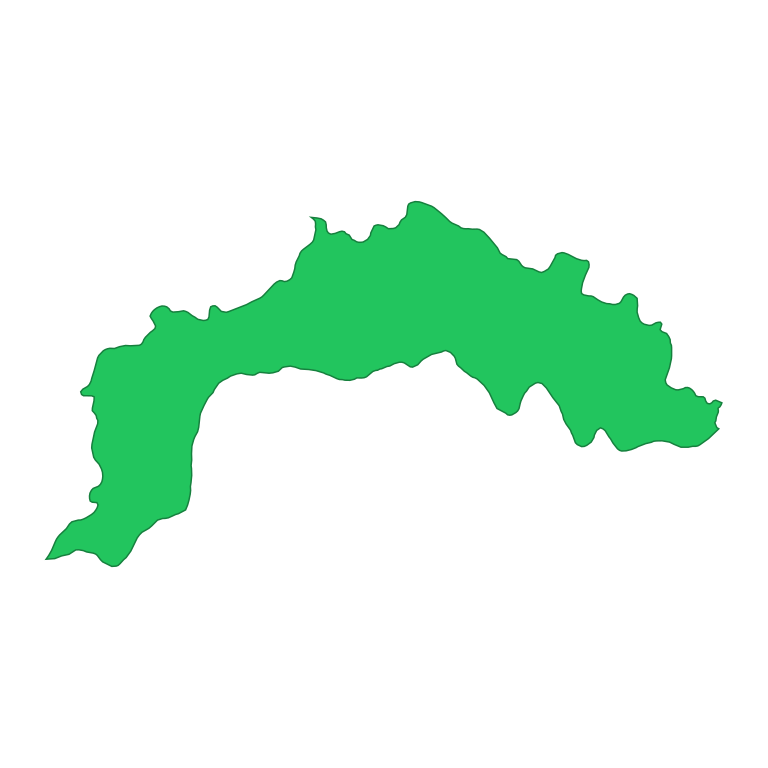 VII-1 Cuyuni, Cuyuni-Mazaruni, Guyana (Natural Earth projection)
{"feature_id": "73187651B99697298922199", "entity_name": "VII-1 Cuyuni", "entity_type": "district", "adm_level": 2, "iso_a3": "GUY", "parent_name": "Guyana", "parent_adm1": "Cuyuni-Mazaruni", "projection": "natural_earth1", "projection_center": [-59.979, 6.583], "detail": "fine", "context": "isolated", "style": "filled", "palette": "green", "viewbox_px": 768, "rotation_deg": 0, "n_neighbors": 0, "source": "geoboundaries", "source_scale": "gbopen_adm2", "svg_char_len": 6067}
<svg xmlns="http://www.w3.org/2000/svg" viewBox="0 0 768 768"><path d="M668.8,336.7L666.6,333.5L662.0,331.7L660.1,329.7L661.8,324.1L660.4,322.2L658.3,322.3L656.0,322.8L651.6,325.2L649.0,325.4L644.1,324.2L641.8,322.8L640.1,321.0L638.7,317.8L637.1,312.2L637.2,308.8L637.6,305.8L637.1,298.3L633.8,295.4L631.8,294.4L629.6,293.7L627.6,294.0L625.2,295.2L623.5,297.1L621.0,301.7L619.4,303.3L615.4,304.5L612.6,304.5L609.8,303.8L606.6,303.6L601.7,302.0L597.8,299.8L593.3,296.7L591.2,296.0L588.5,295.9L583.7,294.9L581.6,293.5L581.2,291.0L581.5,288.5L582.6,282.7L585.4,275.1L588.9,267.4L589.1,264.6L588.5,261.8L586.6,260.4L584.1,260.6L581.5,260.3L576.5,258.7L568.2,254.4L564.1,252.9L562.0,252.6L557.5,253.8L555.6,255.3L555.0,257.6L550.1,266.5L548.3,269.0L544.4,271.4L541.6,272.5L539.0,271.9L532.7,268.9L525.1,267.8L523.2,266.8L521.6,265.4L518.8,261.2L516.7,259.6L507.7,258.6L506.1,256.7L502.0,254.5L500.1,253.1L497.4,247.8L489.5,238.2L483.9,232.2L479.5,229.5L477.1,229.1L472.4,229.2L468.1,228.7L466.1,228.8L463.5,228.6L461.1,227.9L458.6,226.0L452.0,223.1L449.7,221.5L445.8,217.6L441.6,213.8L434.1,207.7L431.6,206.2L421.8,202.6L419.3,201.9L415.1,201.6L410.6,202.9L408.7,204.1L407.8,206.2L406.8,214.6L405.3,217.3L401.5,219.9L400.0,222.2L399.1,224.6L395.7,227.8L393.2,228.5L388.3,228.7L385.8,227.0L383.2,225.7L378.0,224.8L376.0,225.2L374.1,226.0L370.8,232.9L370.4,235.5L367.6,239.4L363.2,242.0L361.1,242.3L358.6,242.3L356.6,241.8L354.2,240.3L352.0,239.5L349.2,235.1L346.0,233.7L344.5,231.8L342.0,231.2L339.6,231.7L335.2,233.4L330.9,234.2L328.4,233.0L327.0,231.0L326.3,227.8L326.2,224.8L325.5,221.9L323.5,220.2L321.1,218.8L317.1,218.0L311.3,217.4L313.6,219.2L315.3,221.3L315.6,224.1L315.4,226.9L315.9,229.7L313.7,239.9L312.4,242.1L309.9,244.4L303.4,249.3L301.5,251.0L300.0,253.3L299.2,255.9L296.2,261.9L295.2,265.1L294.8,268.6L293.8,272.2L291.8,277.8L289.9,279.6L287.0,281.2L284.3,281.6L282.1,280.8L279.8,280.6L276.6,282.1L274.1,284.1L263.8,295.1L261.9,296.9L259.8,298.2L251.8,301.8L246.6,304.6L228.4,311.7L226.2,312.3L221.3,311.4L217.2,307.2L215.1,305.8L212.8,305.9L210.7,306.8L209.6,310.2L209.0,316.9L207.8,319.5L205.5,320.3L203.2,320.5L197.8,319.3L195.1,317.3L192.2,315.7L187.9,312.4L185.7,311.4L183.6,310.8L178.5,311.7L172.9,312.1L170.4,310.9L169.1,308.8L166.8,306.9L164.6,306.2L162.0,306.0L159.5,306.7L156.9,307.9L154.4,309.7L152.7,311.4L151.3,313.4L150.1,316.1L151.3,318.4L153.1,321.0L155.6,326.0L155.0,328.5L152.5,330.8L150.4,332.3L145.4,337.3L143.9,339.5L143.0,341.9L141.5,344.1L139.4,345.3L130.3,345.8L125.5,345.5L119.5,346.7L114.5,348.5L109.9,348.3L107.4,348.8L105.3,349.6L103.3,350.8L98.9,355.4L97.6,357.9L94.2,370.6L91.7,378.5L91.1,381.1L89.4,384.5L87.5,386.5L82.8,389.2L80.7,391.8L81.6,394.5L83.5,395.7L91.7,395.8L94.2,396.9L94.0,400.8L92.4,408.1L92.3,410.7L94.3,412.9L96.2,415.5L96.7,418.2L97.9,420.5L97.7,423.8L94.6,431.9L92.0,444.2L91.7,447.9L93.7,457.2L95.4,460.1L99.1,464.2L101.5,469.0L102.5,472.4L102.8,476.3L102.5,479.0L101.9,481.7L100.4,484.4L98.4,486.3L93.2,488.4L91.5,490.2L90.0,493.1L89.5,495.9L89.6,498.5L90.2,501.0L92.2,502.2L96.9,502.6L98.0,504.9L97.3,507.4L96.0,509.8L94.0,512.5L91.4,514.6L86.3,517.7L83.4,519.1L80.7,520.0L78.2,520.1L71.9,521.8L69.5,524.0L66.4,528.6L59.6,535.0L57.9,537.1L56.5,539.2L55.3,541.7L51.6,550.4L48.7,555.5L46.1,559.2L54.8,558.6L61.6,555.9L69.0,554.3L75.8,549.9L78.9,549.8L83.4,550.6L86.5,551.9L93.1,553.1L95.6,554.0L97.3,555.4L100.5,559.7L102.7,561.9L111.8,566.4L116.2,566.1L118.1,565.4L120.0,563.7L123.7,559.6L126.1,557.6L130.8,551.1L137.2,537.9L139.4,534.9L141.9,532.3L148.9,528.3L151.7,525.9L157.5,520.1L162.5,518.5L165.2,518.4L168.4,517.8L175.6,514.5L178.4,513.7L185.6,509.9L187.6,505.0L189.0,500.0L190.2,494.1L190.6,490.5L190.4,486.4L191.0,482.6L191.7,475.4L191.5,468.5L191.1,465.6L191.7,460.1L191.5,453.7L191.9,446.0L193.7,439.5L194.9,436.6L197.6,431.7L198.7,427.3L199.9,416.0L200.5,413.2L204.1,405.3L207.3,399.2L208.5,397.3L213.0,392.6L214.3,389.6L218.7,383.2L222.8,380.3L227.5,378.1L230.5,376.1L236.8,373.9L239.2,373.5L241.3,373.2L246.6,374.5L252.7,375.1L254.8,374.8L257.3,373.3L259.7,372.3L269.1,373.2L272.9,372.8L278.4,371.2L282.3,367.5L284.6,366.9L290.3,366.1L295.2,367.1L300.6,369.0L308.8,369.5L316.0,370.6L323.6,372.9L326.0,374.1L330.0,375.4L337.0,378.7L339.5,379.5L342.4,379.6L345.0,380.2L349.9,380.3L354.5,379.2L356.8,377.9L361.5,378.0L364.2,377.7L366.5,376.8L372.8,371.5L375.4,370.5L377.7,370.2L379.7,369.1L381.8,368.7L386.9,366.5L389.8,366.0L394.1,363.7L399.4,362.2L401.9,362.2L404.3,362.9L410.2,366.8L412.6,367.1L417.7,364.8L421.1,361.0L423.2,359.2L431.6,354.4L441.5,352.0L443.7,350.9L445.9,350.5L450.5,352.4L454.2,356.2L455.3,358.2L456.9,364.2L458.5,366.1L460.7,367.8L464.4,371.3L466.5,372.6L470.7,376.0L472.7,377.2L475.2,377.9L477.3,379.1L484.1,385.4L489.3,392.7L494.0,402.9L497.0,408.5L505.7,413.1L507.6,414.8L509.7,415.2L511.8,414.9L515.8,412.6L517.6,411.0L519.0,408.7L520.2,403.4L521.0,400.8L523.3,395.7L524.6,393.2L526.5,391.1L529.2,387.1L535.5,383.1L538.0,382.5L542.0,383.5L546.4,388.0L552.9,397.7L559.2,405.7L561.2,411.5L562.5,414.0L563.7,419.4L566.1,424.0L570.5,430.1L571.5,433.0L572.7,435.2L575.4,442.7L577.3,444.6L581.6,446.6L584.3,446.4L586.8,445.3L591.2,442.1L593.9,437.6L594.4,435.0L596.7,430.4L600.5,427.8L603.2,429.0L605.2,430.7L609.0,436.9L610.6,438.9L613.0,443.1L617.5,448.8L619.5,450.3L621.6,451.0L626.2,450.8L631.4,449.5L636.0,447.7L637.9,446.6L645.7,443.6L651.3,442.3L653.8,441.2L656.7,440.9L662.1,440.8L669.6,442.1L674.0,444.3L681.0,447.2L688.2,447.2L692.7,446.3L695.7,446.3L697.8,445.9L699.8,444.8L708.5,438.6L718.8,428.8L716.8,427.6L714.8,422.7L715.8,420.9L716.4,416.9L718.2,412.4L718.4,410.8L718.0,408.7L718.4,407.8L719.8,406.9L721.2,404.7L721.9,402.8L715.7,400.2L713.3,401.0L711.9,402.7L709.8,403.9L707.3,403.4L705.7,401.0L704.9,398.2L703.2,396.8L698.1,396.7L695.8,395.7L694.7,393.3L693.4,391.4L691.7,389.6L689.5,388.1L687.6,387.5L685.3,387.6L683.3,388.7L678.3,389.9L675.8,389.8L671.3,387.9L667.1,385.0L665.8,382.8L665.2,379.8L669.4,367.9L671.4,358.7L671.6,355.7L671.6,347.7L671.4,345.3L670.4,343.1L670.1,339.5L668.8,336.7Z" fill="#22c55e" stroke="#15803d" stroke-width="1.5"/></svg>